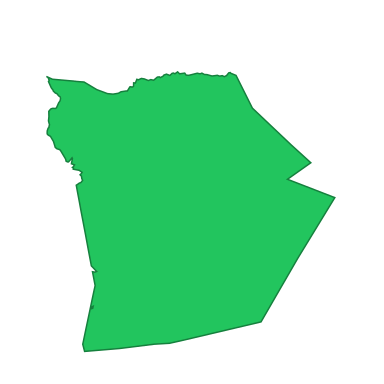 Santa Magdalena Jicotlán, Oaxaca, Mexico, rotated 258°
{"feature_id": "50627088B89026110840758", "entity_name": "Santa Magdalena Jicotlán", "entity_type": "district", "adm_level": 2, "iso_a3": "MEX", "parent_name": "Mexico", "parent_adm1": "Oaxaca", "projection": "robinson", "projection_center": [-97.463, 17.804], "detail": "fine", "context": "isolated", "style": "filled", "palette": "green", "viewbox_px": 384, "rotation_deg": 258, "n_neighbors": 0, "source": "geoboundaries", "source_scale": "gbopen_adm2", "svg_char_len": 2155}
<svg xmlns="http://www.w3.org/2000/svg" viewBox="0 0 384 384"><g transform="rotate(258 192 192)"><path d="M65.8,53.5L58.4,53.8L54.0,88.5L51.0,123.4L48.7,138.5L48.8,149.4L50.6,232.5L105.2,281.7L156.8,330.5L184.6,288.0L195.9,314.3L217.6,298.7L257.4,271.3L261.5,268.5L296.9,259.3L300.1,254.6L300.9,254.2L300.9,252.7L298.7,250.0L298.1,247.6L299.5,245.8L299.6,243.1L300.9,241.0L301.0,239.1L301.3,235.7L303.7,231.1L304.4,228.5L306.2,226.4L305.9,224.5L307.1,221.8L307.0,219.2L306.8,213.2L307.5,210.6L309.8,209.6L310.2,204.4L312.5,202.9L311.2,199.9L312.2,198.6L312.2,197.2L310.6,194.6L312.6,191.5L312.2,188.8L311.2,187.6L310.5,184.7L311.4,184.0L311.6,182.0L309.3,177.7L310.5,175.1L310.1,172.5L312.5,168.9L313.6,166.1L312.9,162.9L313.7,161.5L310.4,159.3L310.9,157.6L308.4,157.0L307.4,156.7L307.0,155.1L307.7,154.1L307.7,153.0L306.9,152.3L304.9,150.4L304.2,149.6L304.5,148.7L304.8,143.4L303.9,140.6L304.1,135.6L304.2,134.9L304.8,133.0L305.8,129.8L306.6,128.5L308.1,126.2L311.7,120.5L311.9,120.2L314.3,117.6L316.9,114.8L320.6,110.8L322.0,109.3L322.4,108.0L322.8,106.5L323.8,103.2L324.4,101.2L324.5,101.1L324.7,100.3L325.2,99.0L326.3,95.3L330.6,81.3L331.3,79.0L333.4,76.1L335.3,73.6L333.9,75.0L331.1,75.5L330.7,75.4L330.0,74.6L328.3,74.9L323.2,76.0L320.4,77.3L319.6,77.3L317.2,78.9L316.4,80.2L313.7,81.6L312.6,82.8L310.9,82.9L308.9,82.1L308.1,81.4L306.9,80.1L302.5,76.9L302.1,75.7L302.8,73.2L302.7,71.5L302.2,70.6L300.7,68.7L295.4,67.7L291.4,66.4L288.9,66.5L287.3,66.6L286.4,66.0L284.8,65.4L284.3,64.5L281.9,63.1L279.5,62.5L278.3,62.6L276.9,63.9L275.9,65.1L270.3,67.0L265.6,67.4L264.1,67.5L262.4,68.8L260.9,71.5L259.4,72.2L250.9,75.1L249.6,75.3L248.4,75.2L247.4,76.3L247.1,77.4L248.1,78.9L250.4,81.8L249.5,82.0L244.7,79.9L243.0,82.7L241.3,81.1L240.9,80.2L240.1,81.0L239.0,80.6L236.7,86.1L234.1,88.6L233.1,87.6L232.1,86.1L231.1,86.7L230.6,87.2L228.2,87.0L226.1,87.4L224.4,85.4L224.1,83.5L223.4,82.0L222.7,80.2L215.6,80.0L206.6,79.8L196.4,79.5L186.4,79.3L172.7,79.0L158.0,78.6L140.7,78.2L134.1,82.2L133.8,80.3L134.7,78.1L120.6,77.8L115.1,75.3L100.0,68.6L100.8,71.6L98.9,70.7L98.6,68.0L80.8,60.1L65.8,53.5Z" fill="#22c55e" stroke="#15803d" stroke-width="1.5"/></g></svg>